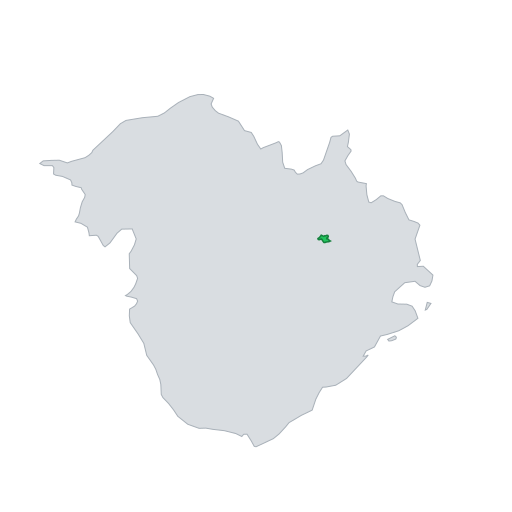 Praek Pnov, Kândal, Cambodia (highlighted), rotated 247°
{"feature_id": "14789045B33152667021058", "entity_name": "Praek Pnov", "entity_type": "district", "adm_level": 2, "iso_a3": "KHM", "parent_name": "Cambodia", "parent_adm1": "Kândal", "projection": "robinson", "projection_center": [104.788, 11.648], "detail": "fine", "context": "in_parent", "style": "filled", "palette": "green", "viewbox_px": 512, "rotation_deg": 247, "n_neighbors": 0, "source": "geoboundaries", "source_scale": "gbopen_adm2", "svg_char_len": 4575}
<svg xmlns="http://www.w3.org/2000/svg" viewBox="0 0 512 512"><g transform="rotate(247 256 256)"><path d="M425.6,93.1L426.7,97.3L423.9,105.2L421.0,112.4L415.4,118.7L415.2,123.3L413.3,137.0L414.0,141.4L415.3,145.2L417.1,147.2L422.0,160.6L426.5,172.9L430.8,182.9L431.6,189.3L427.7,205.4L423.0,220.2L423.5,227.6L425.5,234.9L427.6,244.8L428.5,257.4L427.3,265.6L425.2,270.7L421.2,275.9L417.7,278.6L413.5,274.1L410.2,273.9L405.7,275.3L402.1,277.3L394.9,285.0L387.0,292.5L375.9,294.4L371.6,299.9L367.0,300.7L358.3,301.0L352.6,302.2L352.9,305.0L352.4,318.2L352.5,321.3L351.7,322.1L347.7,322.5L341.0,320.5L331.9,317.2L325.5,316.7L322.2,322.4L320.2,324.7L317.7,325.0L315.2,326.0L314.3,328.6L314.1,331.8L315.4,337.2L315.8,345.9L315.5,351.9L317.9,355.6L331.8,368.2L335.9,371.4L336.3,373.3L333.9,380.1L336.1,389.7L331.7,389.6L324.5,385.4L321.0,382.9L316.8,384.9L315.4,384.5L312.5,379.8L308.8,375.0L305.0,374.6L296.9,376.6L288.7,377.9L285.6,377.9L284.3,378.7L279.5,385.9L277.5,384.7L269.1,382.0L261.6,380.9L260.0,382.8L260.9,388.7L262.6,394.4L261.6,396.8L257.4,399.8L251.9,405.3L248.6,409.5L246.2,410.5L237.8,410.4L229.5,410.9L226.1,414.9L223.0,418.0L220.3,418.9L209.4,409.0L187.7,405.5L185.3,401.2L183.2,400.4L181.2,406.0L169.3,411.4L164.3,408.2L160.7,404.2L161.2,399.3L164.7,395.4L170.6,392.5L173.3,382.5L168.9,369.7L164.9,366.0L160.7,363.1L156.4,367.8L152.7,376.0L148.8,380.1L143.4,381.1L135.4,380.7L132.4,368.6L131.4,358.2L132.5,346.3L133.7,339.3L126.0,329.5L125.6,320.3L121.9,315.5L120.9,317.9L121.0,320.6L119.9,318.7L107.9,291.5L105.9,278.9L108.0,269.3L109.2,266.0L105.7,260.9L100.8,255.1L92.2,247.5L91.6,235.5L89.7,221.3L87.2,216.6L83.2,207.8L81.1,200.6L80.4,181.5L81.5,180.0L87.6,179.4L95.5,178.1L96.7,175.0L95.4,172.4L100.4,168.1L107.6,158.6L113.2,148.7L117.2,142.5L119.6,136.3L127.7,127.5L138.9,121.4L146.5,120.0L154.4,117.9L162.0,115.0L165.6,114.7L174.9,118.2L180.0,119.2L185.4,119.1L190.9,119.5L195.7,119.1L207.2,116.6L219.4,118.6L230.3,117.0L243.8,114.2L250.4,116.0L256.5,118.9L257.3,124.7L258.7,127.3L260.7,129.4L263.4,129.4L266.8,125.3L269.7,121.1L270.6,120.4L270.8,122.4L272.2,127.0L274.8,131.4L277.4,134.4L281.7,138.3L284.5,138.5L293.8,134.8L307.6,140.2L309.2,142.9L313.7,148.4L318.5,152.4L329.3,152.6L333.2,142.9L331.3,137.0L325.1,126.7L323.4,120.6L325.4,119.5L335.8,118.4L337.5,117.2L339.8,110.5L342.6,111.3L348.4,112.1L354.5,107.6L358.1,102.8L360.1,105.0L362.2,108.3L364.6,110.3L369.0,113.2L373.8,117.2L376.9,121.2L379.3,122.8L385.5,121.6L387.1,121.8L390.7,117.0L393.2,114.3L395.4,115.1L398.5,115.0L404.9,108.9L408.6,103.2L410.6,101.7L416.4,104.5L418.7,103.9L422.0,96.2L425.6,93.1ZM128.3,352.6L127.1,353.3L126.0,353.3L124.9,352.2L125.0,347.8L125.8,345.1L127.8,344.6L128.3,352.6ZM146.4,395.5L144.0,398.5L140.1,392.4L140.1,390.7L146.4,395.5Z" fill="#d9dde1" stroke="#a8b0b8" stroke-width="1"/><path d="M248.9,322.9L248.7,322.7L248.6,322.3L248.5,322.1L248.3,321.8L248.3,321.7L248.2,321.5L248.2,321.3L248.1,321.0L248.0,320.7L248.0,320.4L247.9,320.1L247.9,319.9L247.7,319.9L247.4,319.9L247.2,319.9L246.8,319.9L246.7,319.9L246.6,320.1L246.8,320.2L246.8,320.3L246.7,320.5L246.7,320.4L246.5,320.5L246.5,320.4L246.4,320.5L246.2,320.8L246.2,321.0L246.2,321.4L246.2,321.5L246.2,321.8L246.3,321.9L246.3,322.0L246.2,322.1L246.0,322.3L245.9,322.5L245.9,322.8L246.0,323.0L245.8,323.1L245.6,323.1L245.4,323.2L245.2,323.2L245.0,323.3L244.9,323.2L244.7,323.2L244.3,323.2L244.2,323.3L243.9,323.3L243.6,323.4L243.2,323.5L242.7,323.6L242.3,323.7L242.1,323.7L241.9,323.8L241.7,324.0L241.7,324.3L241.7,324.5L241.4,325.0L241.4,325.4L241.4,325.5L241.5,325.7L241.4,326.0L241.3,326.4L241.3,326.5L241.2,326.9L241.2,327.1L241.1,327.3L241.1,327.5L240.9,327.9L240.8,328.1L240.8,328.3L240.9,328.5L240.9,328.8L240.8,329.0L240.7,329.2L240.6,329.3L240.6,329.5L240.7,329.8L240.8,329.9L240.8,330.1L241.0,329.9L241.1,330.0L241.2,329.9L241.2,329.7L241.3,329.6L241.5,329.5L241.6,329.4L241.8,329.4L242.0,329.4L242.3,329.4L242.5,329.4L242.8,329.3L242.9,329.2L243.0,329.2L243.3,329.1L243.5,328.9L243.7,328.7L243.8,328.4L244.0,328.3L244.0,328.2L244.1,327.9L244.3,327.9L244.4,328.0L244.5,328.0L244.8,328.3L245.0,328.4L245.1,328.6L245.1,328.8L245.1,329.0L245.2,329.3L245.3,329.7L245.3,329.8L245.5,329.9L245.5,330.0L245.8,330.2L246.1,330.2L246.3,330.2L246.5,330.2L246.8,330.2L247.0,329.9L247.2,329.7L247.3,329.5L247.3,329.4L247.4,329.2L247.4,328.7L247.4,328.2L247.4,327.8L247.4,327.6L247.5,327.4L247.7,327.2L247.8,327.1L247.6,326.0L248.0,325.7L248.8,325.0L248.9,324.9L249.7,324.2L249.4,323.8L249.3,323.6L249.2,323.4L249.0,323.2L248.9,323.0L248.9,322.9Z" fill="#22c55e" stroke="#15803d" stroke-width="1.5"/></g></svg>